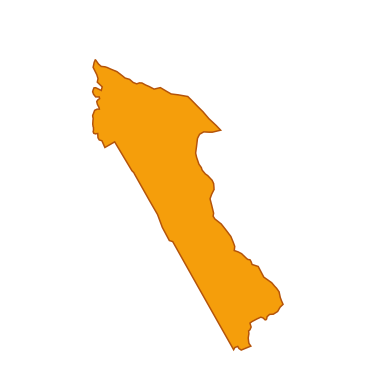 outline of Lapai, Niger, Nigeria, rotated 150°
{"feature_id": "59680162B14261849329471", "entity_name": "Lapai", "entity_type": "district", "adm_level": 2, "iso_a3": "NGA", "parent_name": "Nigeria", "parent_adm1": "Niger", "projection": "robinson", "projection_center": [6.661, 8.736], "detail": "fine", "context": "isolated", "style": "filled", "palette": "amber", "viewbox_px": 384, "rotation_deg": 150, "n_neighbors": 0, "source": "geoboundaries", "source_scale": "gbopen_adm2", "svg_char_len": 2907}
<svg xmlns="http://www.w3.org/2000/svg" viewBox="0 0 384 384"><g transform="rotate(150 192 192)"><path d="M136.3,231.2L137.8,237.5L140.7,247.0L142.2,255.1L142.3,255.7L142.3,255.8L142.6,256.9L144.4,263.5L146.9,273.3L147.0,273.5L147.9,276.8L155.3,283.0L161.0,287.3L163.4,291.4L167.2,298.2L173.4,300.1L176.3,304.7L178.7,307.9L180.8,311.4L183.0,312.8L185.8,313.3L188.2,316.3L189.7,320.7L193.0,324.2L194.2,327.4L196.8,333.7L201.1,339.3L203.0,342.0L204.7,343.9L205.8,344.7L207.2,345.7L207.4,345.8L207.6,346.0L207.8,346.1L207.8,346.3L208.0,346.6L208.1,346.9L208.7,348.7L208.9,349.2L209.0,349.4L209.4,354.2L209.5,354.3L209.6,354.7L209.7,354.8L211.9,353.2L215.3,349.4L215.8,341.2L216.7,337.2L218.4,335.3L219.1,334.5L217.2,328.0L219.8,325.3L222.2,328.9L222.9,330.0L223.1,330.2L223.3,330.5L224.8,331.2L225.0,331.1L225.2,330.9L225.3,330.8L226.3,330.0L226.5,329.9L227.9,328.5L227.9,328.4L228.0,328.3L228.0,327.9L228.1,327.4L228.4,325.8L227.9,322.5L224.8,320.7L225.3,319.0L225.5,319.0L225.9,319.0L226.7,318.9L227.7,318.8L227.8,318.7L228.1,318.5L228.3,318.5L228.6,318.3L228.9,318.2L229.3,317.9L230.1,315.2L230.3,311.4L230.8,310.1L232.7,311.2L235.5,311.4L238.4,309.0L238.5,308.9L239.0,308.6L239.8,307.9L239.9,307.7L240.0,307.5L240.1,307.3L240.6,305.9L240.7,305.4L240.8,305.2L241.1,304.7L241.6,304.0L241.7,303.9L243.9,300.6L244.0,300.4L244.2,300.0L244.5,299.2L244.6,298.9L244.8,298.6L244.8,298.4L245.0,297.8L245.0,297.6L245.0,297.3L245.1,297.2L246.3,294.9L247.5,293.6L247.7,291.9L246.5,290.6L246.4,290.6L245.9,290.4L245.6,290.3L244.4,289.8L246.3,286.0L246.3,283.5L244.4,281.4L245.2,274.1L233.9,274.1L233.4,240.5L232.7,237.9L232.8,236.1L233.1,206.4L233.1,189.7L235.4,176.1L235.9,161.3L233.5,158.7L233.7,141.6L234.0,116.8L234.5,68.5L234.8,34.6L232.6,35.9L229.6,35.4L229.6,33.0L228.4,30.5L218.1,29.1L218.4,32.4L217.6,34.5L216.3,37.5L216.2,37.6L215.8,38.1L214.2,40.1L213.9,40.5L213.7,40.6L212.4,43.4L210.7,43.7L208.3,45.5L207.4,49.5L204.9,49.8L199.3,49.6L195.0,49.2L193.4,47.4L192.6,44.7L191.7,44.4L190.9,44.7L189.3,46.5L188.3,46.7L188.1,46.7L187.7,46.9L187.4,46.9L187.2,47.0L186.9,47.0L186.0,47.2L182.6,45.5L177.6,45.7L173.3,48.2L169.3,49.2L168.9,53.0L168.3,56.5L166.5,62.0L166.9,66.4L167.6,69.3L168.3,73.4L170.0,77.2L172.4,82.4L171.9,94.4L176.2,99.2L175.7,101.8L175.6,104.1L175.9,104.5L177.4,105.7L178.0,107.3L179.9,113.8L182.0,117.1L184.7,120.2L184.6,120.3L182.2,123.5L181.4,128.0L180.6,134.0L181.5,141.4L182.7,149.8L182.8,150.0L183.1,150.7L185.7,157.3L185.8,160.5L183.9,162.8L181.6,170.6L179.8,177.1L176.0,180.3L171.6,183.2L171.6,183.3L170.6,185.2L169.2,188.2L169.1,188.3L169.1,188.5L169.1,188.8L169.0,189.1L168.8,191.1L168.8,191.6L168.7,191.9L168.7,192.0L170.2,198.4L171.4,200.9L172.2,205.4L172.2,206.5L171.7,208.4L172.1,212.6L170.7,219.7L169.4,223.9L165.6,228.8L160.5,235.6L160.4,235.7L156.6,238.2L151.8,238.2L147.5,235.4L144.4,233.6L141.3,232.7L136.3,231.2Z" fill="#f59e0b" stroke="#b45309" stroke-width="1.5"/></g></svg>